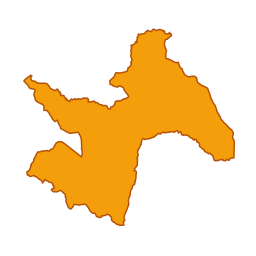 Silvânia, Goiás, Brazil, rotated 355°
{"feature_id": "56859067B36002968340064", "entity_name": "Silvânia", "entity_type": "district", "adm_level": 2, "iso_a3": "BRA", "parent_name": "Brazil", "parent_adm1": "Goiás", "projection": "mercator", "projection_center": [-48.581, -16.605], "detail": "fine", "context": "isolated", "style": "filled", "palette": "amber", "viewbox_px": 256, "rotation_deg": 355, "n_neighbors": 0, "source": "geoboundaries", "source_scale": "gbopen_adm2", "svg_char_len": 5755}
<svg xmlns="http://www.w3.org/2000/svg" viewBox="0 0 256 256"><g transform="rotate(355 128 128)"><path d="M138.2,46.0L138.8,46.9L138.3,47.8L138.8,48.9L138.0,49.8L137.6,50.6L137.8,53.6L137.0,56.2L137.3,57.8L138.0,60.4L137.6,61.5L136.4,62.8L137.2,64.3L136.3,65.4L136.0,66.4L135.1,67.0L134.3,67.8L133.3,68.0L133.0,69.4L132.1,71.3L129.8,71.9L125.4,72.5L120.7,72.0L119.9,73.2L118.7,75.6L116.8,77.3L114.1,79.2L114.0,83.0L115.9,83.7L116.7,84.6L119.2,85.8L121.3,86.3L123.0,85.2L125.0,86.2L126.6,87.2L127.3,88.2L127.3,89.4L129.5,93.2L130.5,94.4L130.8,95.5L131.5,96.5L130.3,97.8L129.4,97.9L127.8,98.8L126.6,98.4L123.4,100.1L122.5,100.3L120.1,100.1L118.5,100.2L117.5,100.8L116.9,103.1L115.5,104.8L114.5,105.4L112.7,105.7L112.1,107.6L110.6,107.4L109.1,105.6L109.0,104.2L106.8,103.5L104.8,103.7L104.2,102.7L102.5,102.4L101.4,101.9L100.4,100.7L98.5,99.8L97.6,100.0L97.4,99.1L96.7,98.3L95.7,98.1L94.0,99.0L92.8,98.5L90.6,98.7L91.1,95.9L89.9,94.6L87.8,94.7L86.9,94.1L83.7,95.1L82.6,95.2L81.1,94.4L79.7,95.1L78.6,95.1L77.9,94.2L75.1,95.1L74.3,94.2L72.6,95.4L72.5,96.4L71.2,96.3L70.6,95.6L70.1,94.5L68.9,94.7L69.2,93.8L68.9,92.9L68.1,92.8L67.4,92.0L67.0,90.2L65.5,89.7L63.9,89.9L63.6,89.0L63.9,87.8L63.6,86.6L62.7,86.5L62.6,85.4L61.7,84.7L61.5,83.4L60.3,83.2L59.3,84.2L58.2,84.3L54.9,82.3L53.9,81.4L53.2,79.6L51.2,76.9L49.0,76.1L47.3,76.1L42.0,75.5L39.5,73.4L37.9,72.9L36.4,72.6L35.6,70.6L35.5,69.4L35.9,68.6L36.7,67.8L35.7,67.0L32.0,69.1L29.2,71.2L28.4,72.2L29.6,73.6L30.2,74.6L31.5,75.7L32.3,77.2L32.6,78.4L33.2,79.3L34.0,80.0L35.0,80.4L36.7,80.7L38.5,81.7L38.8,82.6L37.4,85.4L37.1,87.1L38.0,89.6L38.2,92.3L40.3,94.3L45.3,97.3L46.1,99.1L46.1,100.9L45.7,103.1L48.6,103.3L49.2,104.4L50.4,105.6L51.3,107.9L52.6,110.1L53.2,112.0L55.6,115.2L58.2,114.1L59.3,118.0L60.5,120.2L61.1,122.9L64.4,124.8L66.2,126.3L69.8,128.3L77.9,127.9L78.9,129.8L80.1,132.6L80.5,135.4L80.3,141.9L79.9,144.5L80.3,146.9L80.3,149.6L79.0,152.6L62.9,137.6L61.0,136.0L58.0,135.6L55.3,136.5L51.5,141.9L49.5,142.4L47.9,143.9L46.4,143.8L45.4,143.3L43.7,143.6L42.4,143.4L41.1,143.8L40.0,143.5L38.3,144.1L36.9,144.2L36.2,143.9L34.3,146.3L33.5,148.0L31.4,150.9L31.4,151.8L30.4,153.8L28.7,155.2L28.4,156.4L27.7,157.1L27.7,158.5L26.6,160.3L26.3,161.3L24.6,162.5L23.6,162.8L23.4,164.0L23.8,165.0L23.6,165.9L24.5,166.3L26.2,167.7L27.5,167.7L28.5,167.4L30.7,167.2L30.9,168.1L33.0,169.0L34.8,171.1L37.0,172.5L38.1,174.4L37.8,175.7L40.9,172.1L41.9,173.3L42.9,173.3L44.8,175.1L46.0,175.5L47.0,175.7L48.1,177.0L48.1,178.1L48.6,179.4L49.5,180.2L49.2,181.0L49.1,181.9L47.5,181.7L46.3,182.7L47.5,184.5L48.4,185.1L52.1,185.4L54.8,184.1L56.6,185.3L57.8,186.7L59.5,188.8L59.9,189.8L59.5,191.4L60.3,192.5L59.8,195.7L60.3,197.6L60.9,198.8L61.1,200.8L62.1,202.5L63.5,203.5L64.3,203.6L66.5,201.4L67.4,199.3L73.1,200.6L74.9,200.2L79.1,200.3L80.6,202.4L81.8,204.5L82.8,206.9L84.3,208.8L85.4,209.9L87.3,209.9L88.3,211.3L88.9,213.4L92.0,214.7L93.4,214.7L94.5,213.1L95.4,213.4L96.6,213.1L98.0,213.1L99.2,212.2L101.1,212.6L103.6,215.2L103.7,216.5L103.5,218.0L104.2,219.2L105.3,220.4L106.6,221.2L108.9,223.3L110.5,223.3L111.3,224.3L115.4,224.3L115.2,221.5L116.8,219.4L116.1,218.1L116.4,216.3L117.2,213.8L118.8,211.2L122.2,203.9L122.0,201.8L122.1,200.0L122.8,197.8L123.8,196.2L124.6,193.8L124.5,192.7L125.5,190.2L127.1,188.0L127.5,185.9L129.6,184.7L131.6,178.3L131.8,175.7L132.3,174.1L132.4,172.1L131.6,171.1L130.4,170.8L131.1,169.3L131.9,168.2L133.9,166.1L134.8,160.1L134.2,158.8L135.3,157.2L135.8,155.2L135.3,154.0L135.6,152.2L136.3,150.5L137.9,148.4L138.4,146.7L139.7,145.6L140.0,143.6L140.7,141.3L142.3,139.9L143.7,140.9L145.3,140.6L148.6,140.5L150.8,139.7L152.9,139.5L153.5,138.6L154.7,138.3L157.8,136.0L158.7,136.5L159.7,136.8L160.7,136.1L162.3,135.4L163.4,135.2L164.4,136.1L165.5,135.9L169.3,135.8L170.4,135.4L171.7,135.5L173.7,136.2L176.1,134.9L176.9,135.2L177.6,136.2L177.8,137.2L179.0,136.4L180.1,136.3L180.7,138.0L180.8,139.3L181.9,139.3L182.3,140.1L184.3,139.9L185.6,140.2L187.5,141.0L188.8,142.7L191.1,144.0L191.8,145.1L193.2,145.8L193.6,145.0L194.7,145.4L195.4,146.3L195.3,147.6L197.4,149.0L197.9,150.4L197.6,151.9L197.9,152.9L199.0,153.6L200.9,155.8L201.8,156.1L202.0,157.2L202.4,158.1L203.4,158.7L204.5,159.1L205.1,159.9L206.0,160.6L206.9,160.1L209.1,162.2L210.2,163.0L210.4,164.6L211.2,167.9L212.4,168.3L213.4,168.1L214.4,168.4L217.0,167.6L218.0,167.7L219.6,167.5L219.9,168.7L220.8,168.7L222.2,169.2L223.7,167.8L224.8,168.7L226.2,168.8L227.1,167.3L227.9,167.0L230.9,166.9L232.6,152.0L232.6,150.0L231.9,148.2L231.2,147.2L231.6,145.4L232.4,143.2L232.2,141.1L231.1,139.0L227.8,135.7L227.0,134.2L223.8,130.7L222.8,129.1L221.3,127.3L221.0,125.5L218.2,119.4L216.9,113.4L214.8,109.9L214.1,107.6L213.1,105.4L212.3,100.6L211.6,98.9L211.1,96.4L210.7,95.5L209.8,94.6L207.7,93.5L206.5,92.6L205.4,92.2L204.3,91.5L203.5,90.4L201.9,89.4L201.1,87.8L200.8,86.2L200.9,85.1L200.7,84.1L199.5,82.8L198.5,82.2L197.1,82.1L195.5,82.1L193.1,82.5L190.4,80.9L188.8,79.5L188.4,77.9L187.4,76.2L187.3,74.8L186.9,73.6L185.7,72.8L185.0,71.8L184.8,70.5L184.3,69.3L183.9,67.0L182.5,67.0L181.7,67.3L180.5,66.6L179.7,66.4L176.0,63.6L174.8,63.5L174.1,62.6L172.2,62.1L171.7,61.3L172.0,59.5L172.0,58.0L172.5,55.8L173.1,54.5L172.7,52.9L172.1,51.7L172.0,50.2L171.5,48.5L171.8,46.4L172.6,43.7L173.5,43.2L175.0,42.9L175.5,42.1L176.8,41.6L177.6,40.6L178.9,40.2L179.5,39.3L179.0,37.9L177.7,37.7L177.8,36.7L175.7,37.8L173.7,37.4L172.7,36.3L172.9,34.9L172.2,34.1L171.2,34.5L170.5,33.5L168.5,32.6L166.6,32.9L165.4,33.5L163.8,32.8L162.0,31.7L161.1,32.3L159.6,34.0L158.8,33.9L156.0,32.4L155.3,33.2L153.9,33.8L153.4,34.9L152.3,35.3L151.4,35.5L150.0,35.4L147.5,36.1L146.5,35.4L146.2,36.5L146.1,38.0L145.0,38.5L145.0,39.8L144.3,41.9L144.6,43.2L143.9,43.7L142.9,42.9L142.6,43.8L141.8,44.8L140.4,45.5L138.2,46.0Z" fill="#f59e0b" stroke="#b45309" stroke-width="1.5"/></g></svg>